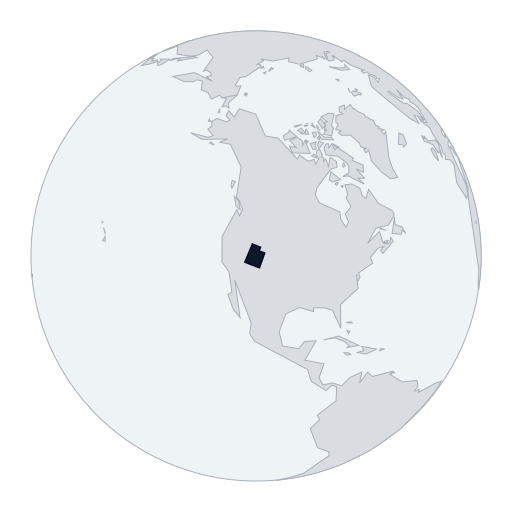 the Earth from above Utah, rotated 21°
{"feature_id": "USA-3526", "entity_name": "Utah", "entity_type": "State", "adm_level": 1, "iso_a3": "USA", "parent_name": "United States of America", "parent_adm1": "", "projection": "orthographic", "projection_center": [-111.421, 39.5], "detail": "fine", "context": "on_globe", "style": "filled", "palette": "ink", "viewbox_px": 512, "rotation_deg": 21, "n_neighbors": 0, "source": "natural_earth", "source_scale": "10m", "svg_char_len": 11195}
<svg xmlns="http://www.w3.org/2000/svg" viewBox="0 0 512 512"><g transform="rotate(21 256 256)"><circle cx="256" cy="256" r="225" fill="#eef3f6" stroke="#a8b0b8"/><path d="M54.5,354.4L55.0,355.7L54.5,354.4ZM410.2,420.2L405.3,424.6L404.0,425.8L388.9,437.9L372.7,448.7L355.6,458.0L360.1,455.8L355.0,458.3L366.1,451.2L378.2,441.9L395.8,416.1L394.1,412.7L382.3,413.0L368.6,397.8L374.1,385.9L370.3,382.7L382.6,362.4L378.2,349.4L373.5,349.2L369.5,356.6L352.4,353.1L344.9,343.5L285.5,336.2L277.9,330.7L275.5,320.3L244.8,286.0L263.2,319.2L253.3,313.4L243.4,301.7L246.5,298.6L236.7,280.7L226.3,273.7L217.4,250.0L221.5,219.4L226.3,224.4L226.7,217.0L220.8,210.5L216.7,208.2L210.2,178.2L192.0,160.8L181.3,162.8L187.6,156.9L163.8,166.5L150.8,164.4L168.7,162.4L172.9,158.9L165.6,154.9L168.3,150.5L166.4,146.2L170.3,141.6L180.4,141.3L183.2,138.5L177.8,135.9L178.4,130.0L185.9,134.1L187.7,124.5L204.9,123.6L221.6,140.6L234.4,138.0L259.8,150.6L260.7,146.2L270.8,148.9L275.6,145.0L278.9,149.0L279.8,142.5L275.8,139.7L274.8,136.1L277.2,133.7L282.0,138.1L281.5,140.0L284.1,140.1L285.4,143.4L286.2,140.4L291.6,146.5L289.8,137.1L297.2,139.1L299.9,144.1L294.8,147.9L288.4,170.7L289.5,177.9L296.1,183.6L318.7,184.9L321.9,191.4L329.8,197.0L330.2,191.2L324.3,184.8L327.0,175.8L319.4,169.6L319.4,165.3L313.5,157.7L319.6,154.4L328.7,155.5L333.9,161.9L338.1,162.8L337.3,153.5L351.1,162.8L367.3,165.0L370.3,168.2L368.6,179.6L357.9,187.2L355.7,204.0L362.5,188.9L369.9,198.1L373.3,198.1L376.0,195.5L375.2,190.5L378.8,193.0L373.6,208.3L370.2,206.2L371.9,201.2L367.0,205.2L363.4,216.5L367.5,220.8L357.9,235.0L360.7,238.4L360.1,243.8L356.4,237.2L362.9,249.6L352.3,271.1L361.1,293.1L346.8,279.2L338.2,280.0L328.4,283.7L329.7,287.3L315.1,288.5L304.6,299.5L304.8,318.4L313.1,330.6L329.0,327.2L331.9,318.5L342.5,313.6L338.9,335.8L358.1,332.3L358.5,347.1L364.6,352.4L373.2,347.0L382.4,346.5L387.5,335.6L396.4,326.3L398.2,337.4L401.9,324.3L407.7,326.8L424.4,315.0L423.5,318.5L437.9,321.1L450.8,314.5L453.8,319.2L452.5,325.4L456.4,322.2L456.4,325.2L469.3,310.3L473.8,306.6L472.2,316.7L465.6,336.7L453.0,365.4L439.3,386.6L431.4,397.4L426.5,403.2L410.2,420.2ZM107.2,296.7L108.0,291.8L110.1,296.1L107.2,296.7ZM106.8,287.9L106.9,289.8L106.5,288.1L106.8,287.9ZM105.4,286.2L106.4,287.5L105.1,286.5L105.4,286.2ZM103.2,284.4L104.5,285.1L104.3,285.2L103.2,284.4ZM362.1,301.0L383.9,302.7L373.5,309.1L375.1,306.3L369.2,304.1L358.8,304.1L349.1,310.2L362.1,301.0ZM100.5,280.1L99.9,278.9L101.1,279.1L100.5,280.1ZM367.5,285.0L363.9,285.6L367.2,284.0L367.5,285.0ZM214.5,208.0L220.4,211.0L224.7,218.6L219.5,216.6L214.5,208.0ZM206.6,194.1L210.1,193.9L209.3,201.4L207.5,199.1L206.6,194.1ZM173.0,165.6L177.2,167.5L172.2,167.2L173.0,165.6ZM165.4,146.5L163.3,147.5L163.2,144.9L165.4,146.5ZM310.5,160.1L312.0,158.9L312.3,160.9L310.5,160.1ZM306.6,158.0L306.0,161.2L304.0,160.7L304.4,158.8L306.6,158.0ZM169.1,135.5L169.5,131.4L170.8,135.5L169.1,135.5ZM307.8,154.3L300.6,159.5L297.1,158.6L295.9,150.6L307.8,154.3ZM170.9,129.0L171.9,119.5L167.3,120.6L180.7,112.5L175.5,123.0L177.8,127.7L174.0,126.7L170.9,129.0ZM273.5,139.9L277.8,142.8L272.0,142.7L273.5,139.9ZM269.9,140.8L253.3,146.6L248.0,141.5L254.7,140.4L246.1,136.0L251.7,130.5L257.7,131.8L260.0,136.0L260.4,130.8L269.9,140.8ZM188.0,109.9L189.7,107.7L189.8,110.0L188.0,109.9ZM274.0,134.6L271.1,136.1L266.3,131.7L271.3,128.0L271.2,130.6L274.0,134.6ZM241.1,137.7L238.4,134.0L242.3,128.5L241.8,126.4L251.4,130.0L241.1,137.7ZM273.5,130.3L273.9,126.3L278.4,126.2L276.5,132.9L273.5,130.3ZM263.0,132.2L261.0,130.0L263.7,130.0L263.0,132.2ZM294.3,124.5L290.9,126.0L288.2,123.8L294.3,124.5ZM273.8,124.8L272.2,124.8L270.8,124.2L271.9,121.6L273.8,124.8ZM253.5,126.0L255.6,124.7L249.7,124.2L252.3,120.4L258.3,123.6L256.9,120.6L257.7,119.5L261.6,123.5L253.5,126.0ZM268.7,117.3L277.2,120.6L284.0,118.1L286.7,119.9L275.2,123.7L268.7,117.3ZM264.2,120.5L267.6,118.9L269.2,121.8L267.8,124.7L264.2,120.5ZM252.0,116.7L246.4,121.8L245.3,120.9L252.0,116.7ZM270.4,116.0L268.3,115.2L270.7,115.4L270.4,116.0ZM257.3,115.8L255.5,117.6L254.2,116.6L257.3,115.8ZM265.6,112.4L268.4,113.4L267.6,115.3L265.6,112.4ZM261.6,113.5L260.3,111.6L265.6,115.4L260.9,114.4L261.6,113.5ZM256.4,114.5L255.1,114.5L257.4,113.9L256.4,114.5ZM267.2,104.8L274.0,109.1L272.2,113.2L265.8,108.4L267.2,104.8ZM476.2,208.3L473.4,202.6L469.2,189.4L464.4,180.9L432.2,123.4L429.9,117.3L409.6,92.0L407.9,90.0L415.2,96.6L414.0,95.4L425.2,107.3L435.5,119.9L444.9,133.3L453.3,147.3L460.7,161.9L467.0,177.0L472.1,192.5L476.2,208.3ZM335.9,45.4L331.2,43.7L342.2,47.9L341.4,47.5L348.3,50.5L349.4,51.0L346.3,49.6L351.0,51.9L364.6,58.6L378.8,67.1L379.6,67.6L386.4,72.3L386.1,72.2L383.0,70.2L385.5,74.8L390.1,77.5L388.1,73.6L390.6,75.7L396.8,80.2L394.0,78.4L395.0,82.8L405.7,93.8L426.6,114.2L431.3,121.9L431.9,126.8L417.1,115.6L408.2,99.9L402.8,96.5L398.4,98.0L396.0,93.4L393.1,92.4L389.2,87.0L377.5,79.1L372.5,74.2L362.0,71.2L358.0,68.5L365.4,70.9L367.8,70.3L354.8,59.8L350.5,57.8L344.7,56.9L341.9,54.5L337.9,55.0L327.5,50.1L336.9,56.8L330.4,56.8L320.9,54.3L320.4,55.8L335.9,59.9L340.5,60.6L341.8,59.2L355.9,63.3L361.7,67.0L353.3,67.9L360.5,73.6L350.8,72.6L315.0,60.7L303.1,56.3L295.9,46.7L302.1,46.8L307.8,50.1L308.0,46.2L305.3,46.9L303.0,45.2L296.1,45.4L294.1,44.3L290.9,46.8L287.7,45.4L289.8,43.8L276.8,43.9L268.5,42.1L266.6,42.7L266.8,43.9L256.1,41.3L255.1,41.9L258.3,43.0L258.4,45.1L254.4,47.9L250.9,46.8L251.9,45.6L248.6,41.8L251.7,39.3L249.9,39.2L246.4,41.2L250.3,45.8L249.0,47.9L246.1,45.6L247.1,46.6L245.3,47.3L240.2,47.2L242.9,49.7L227.9,61.4L216.7,62.9L215.9,59.2L201.7,68.0L190.1,70.2L193.1,71.0L188.3,76.6L191.8,75.9L192.9,76.8L182.2,92.1L176.9,95.3L175.6,104.0L177.2,104.6L180.9,102.6L180.7,112.5L167.3,120.6L164.6,118.8L158.0,125.6L152.7,120.7L145.3,120.3L143.3,111.9L137.6,112.7L135.7,115.4L126.6,118.9L114.3,118.1L132.7,106.9L152.7,108.5L145.3,106.5L149.5,103.7L148.3,101.1L142.9,100.3L140.7,102.2L144.8,86.1L136.7,81.1L131.1,88.2L124.2,92.6L110.1,95.9L107.6,88.0L98.4,96.1L95.5,98.4L98.5,95.0L102.7,91.4L108.8,85.9L110.7,84.7L116.9,78.9L120.0,77.0L123.3,74.0L119.5,76.8L132.8,67.4L146.8,59.0L161.3,51.6L176.4,45.3L191.8,40.1L207.6,36.0L223.6,33.1L239.8,31.3L256.1,30.7L272.4,31.3L288.6,33.1L304.7,36.0L320.4,40.1L335.9,45.4ZM117.3,78.4L111.7,83.1L112.3,82.5L117.3,78.4ZM448.5,144.5L450.6,147.3L448.5,144.5ZM424.9,314.5L427.1,315.2L424.6,317.2L424.9,314.5ZM373.0,314.7L377.2,313.2L379.6,314.0L376.7,316.0L373.0,314.7ZM405.2,298.0L409.5,296.5L405.5,300.1L405.2,298.0ZM387.1,302.6L401.9,299.7L394.1,308.0L384.6,310.0L390.6,305.7L387.1,302.6ZM367.6,293.0L370.4,292.7L370.3,295.3L367.6,293.0ZM369.9,283.9L368.9,284.5L367.1,283.2L369.9,283.9ZM370.2,197.2L370.7,196.1L373.9,194.3L373.4,197.0L370.2,197.2ZM382.0,176.6L387.6,181.2L383.3,179.5L383.7,183.8L375.0,186.2L371.3,170.0L374.5,176.7L382.0,176.6ZM362.4,185.5L368.3,185.4L362.0,186.2L362.4,185.5ZM381.0,93.8L381.7,91.8L386.3,94.1L392.5,101.8L386.0,98.4L381.0,93.8ZM381.6,88.7L371.5,88.3L367.3,84.0L371.4,86.4L369.5,83.6L375.7,86.8L381.5,83.6L385.8,85.5L395.0,97.8L389.6,92.5L389.2,94.5L381.6,88.7ZM353.3,99.6L348.9,100.7L345.3,89.8L349.9,90.1L356.4,97.4L354.9,101.3L353.3,99.6ZM307.0,139.8L305.6,141.9L304.3,140.5L304.4,137.6L307.0,139.8ZM293.0,125.4L312.1,129.9L311.4,132.3L323.4,132.7L326.2,139.4L318.3,138.8L329.5,144.5L323.5,146.7L331.3,150.1L313.4,148.1L308.5,150.7L312.9,145.1L310.5,138.8L307.9,136.9L297.0,133.5L285.2,136.5L280.9,131.2L281.0,126.7L283.1,125.1L285.3,129.0L286.7,124.1L291.4,128.6L293.0,125.4ZM284.5,83.4L286.1,87.3L289.7,80.7L294.4,84.1L294.5,83.2L299.9,84.7L306.7,85.0L308.1,87.0L310.1,86.3L313.7,87.5L316.9,87.3L320.7,91.0L324.9,91.2L324.3,92.9L330.6,92.2L327.6,94.5L331.9,96.6L332.6,93.3L344.8,116.7L352.3,125.5L360.2,132.0L353.9,135.7L342.5,132.3L329.6,125.7L323.3,116.9L321.6,120.4L318.1,117.4L320.9,115.9L314.5,116.5L312.4,113.7L300.9,109.3L293.0,112.6L288.6,111.3L290.6,108.6L284.8,109.3L285.7,103.6L282.6,102.6L280.3,96.3L286.1,92.2L282.1,91.5L280.2,87.0L284.5,83.4ZM266.8,102.9L272.6,96.6L278.0,95.5L279.6,107.1L282.4,108.7L283.6,116.6L275.7,118.1L276.1,115.6L274.6,113.6L277.6,113.9L274.1,112.2L274.5,108.9L271.8,106.8L274.4,105.2L266.8,102.9ZM402.9,85.7L401.1,83.9L397.4,80.8L401.3,83.9L402.9,85.7ZM404.0,88.6L401.8,86.6L405.5,88.8L407.5,90.9L404.0,88.6ZM397.5,83.8L401.4,86.3L400.5,86.1L397.5,83.8ZM363.1,69.2L360.4,67.3L361.4,67.2L364.3,68.4L363.1,69.2ZM296.2,66.4L296.2,68.3L294.7,68.2L290.4,71.4L286.5,69.4L287.6,66.7L296.2,66.4ZM291.3,64.7L290.0,66.2L288.8,64.3L291.3,64.7ZM283.4,68.2L281.6,66.2L285.5,69.5L283.4,68.2ZM256.4,53.1L266.7,50.5L271.5,48.1L270.2,45.5L276.5,48.4L269.0,52.1L256.4,53.1ZM231.8,60.3L233.0,63.1L229.6,63.1L228.8,62.4L231.8,60.3ZM234.6,61.1L241.5,62.4L240.2,64.8L235.1,63.3L234.6,61.1ZM266.7,62.3L270.0,61.6L270.8,63.1L266.7,62.3ZM52.8,352.7L54.8,356.7L53.4,354.1L52.8,352.7ZM55.0,355.7L53.2,352.8L54.5,354.4L55.0,355.7ZM85.0,110.0L87.8,107.2L85.6,110.3L84.3,111.3L85.0,110.0ZM81.1,119.1L85.9,110.3L90.3,104.0L87.3,107.3L85.4,109.0L91.6,102.2L91.0,104.1L87.1,109.6L89.7,108.2L88.8,111.5L93.9,108.1L94.5,109.3L88.7,114.3L81.1,119.1ZM96.3,106.4L104.8,103.2L99.3,110.9L96.2,113.3L94.6,111.4L97.6,107.4L96.3,106.4ZM105.3,104.8L108.3,101.1L127.2,91.7L129.8,91.8L112.5,102.2L114.4,99.4L110.7,100.6L105.3,104.8ZM187.5,107.5L189.5,107.7L187.1,109.0L187.5,107.5ZM194.9,76.3L196.0,77.7L193.1,78.9L194.9,76.3ZM197.2,82.4L199.7,80.0L198.6,83.0L197.2,82.4ZM205.0,74.9L201.4,79.3L202.7,74.5L205.0,74.9Z" fill="#d9dde1" stroke="#a8b0b8" stroke-width="1"/><path d="M257.1,246.2L257.1,246.4L257.1,246.7L257.1,246.9L257.1,247.2L257.1,247.4L257.1,247.6L257.1,247.9L257.1,248.1L257.1,248.4L257.1,248.6L257.1,248.9L257.1,249.1L257.1,249.4L257.1,249.6L257.1,249.9L257.1,250.1L257.5,250.1L257.8,250.1L258.2,250.1L258.6,250.1L259.0,250.1L259.3,250.1L259.7,250.1L260.1,250.1L260.4,250.1L260.8,250.1L261.2,250.1L261.6,250.0L261.9,250.0L262.3,250.0L262.7,250.0L263.0,250.0L263.1,250.5L263.1,251.0L263.1,251.5L263.1,252.0L263.1,252.5L263.1,253.0L263.1,253.4L263.2,253.9L263.2,254.4L263.2,254.9L263.2,255.4L263.2,255.9L263.2,256.4L263.2,256.9L263.2,257.4L263.3,257.9L263.3,258.4L263.3,258.9L263.3,259.3L263.3,259.8L263.3,260.3L263.3,260.8L263.3,261.3L263.4,261.8L263.4,262.3L263.4,262.8L263.4,263.3L263.4,263.8L263.4,264.3L263.4,264.7L263.4,265.2L263.5,265.7L263.0,265.7L262.5,265.8L262.0,265.8L261.5,265.8L261.0,265.8L260.5,265.8L260.0,265.8L259.5,265.8L259.0,265.8L258.6,265.8L258.1,265.8L257.6,265.8L257.1,265.8L256.6,265.8L256.1,265.8L255.6,265.8L255.1,265.8L254.6,265.8L254.1,265.8L253.7,265.8L253.2,265.8L252.7,265.8L252.2,265.8L251.7,265.8L251.2,265.8L250.7,265.8L250.2,265.8L249.7,265.7L249.2,265.7L248.8,265.7L248.3,265.7L247.8,265.7L247.8,265.1L247.8,264.5L247.8,263.9L247.8,263.2L247.9,262.6L247.9,262.0L247.9,261.4L247.9,260.8L247.9,260.2L247.9,259.6L248.0,258.9L248.0,258.3L248.0,257.7L248.0,257.1L248.0,256.5L248.1,255.9L248.1,255.3L248.1,254.7L248.1,254.0L248.1,253.4L248.1,252.8L248.2,252.2L248.2,251.6L248.2,251.0L248.2,250.4L248.2,249.7L248.3,249.1L248.3,248.5L248.3,247.9L248.3,247.3L248.3,246.7L248.3,246.1L248.9,246.1L249.4,246.1L250.0,246.1L250.5,246.1L251.1,246.1L251.6,246.1L252.2,246.1L252.7,246.2L253.3,246.2L253.8,246.2L254.4,246.2L254.9,246.2L255.4,246.2L256.0,246.2L256.5,246.2L257.1,246.2Z" fill="#0f172a" stroke="#020617" stroke-width="1.5"/></g></svg>